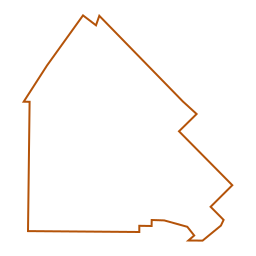 the district of Pulaski, Georgia, United States of America
{"feature_id": "52423323B9618311815094", "entity_name": "Pulaski", "entity_type": "district", "adm_level": 2, "iso_a3": "USA", "parent_name": "United States of America", "parent_adm1": "Georgia", "projection": "orthographic", "projection_center": [-83.432, 32.254], "detail": "fine", "context": "isolated", "style": "outline", "palette": "amber", "viewbox_px": 256, "rotation_deg": 0, "n_neighbors": 0, "source": "geoboundaries", "source_scale": "gbopen_adm2", "svg_char_len": 403}
<svg xmlns="http://www.w3.org/2000/svg" viewBox="0 0 256 256"><path d="M23.7,101.7L29.6,101.8L28.0,231.1L139.3,232.0L139.3,225.8L151.6,226.0L151.7,220.0L164.2,220.4L187.3,226.8L194.2,235.5L188.4,240.5L202.6,240.6L220.9,225.6L223.6,219.9L210.6,206.8L232.3,185.2L179.0,131.3L196.6,114.0L182.9,101.5L99.3,15.8L96.0,25.3L83.0,15.4L47.0,65.5L23.7,101.7Z" fill="none" stroke="#b45309" stroke-width="2"/></svg>